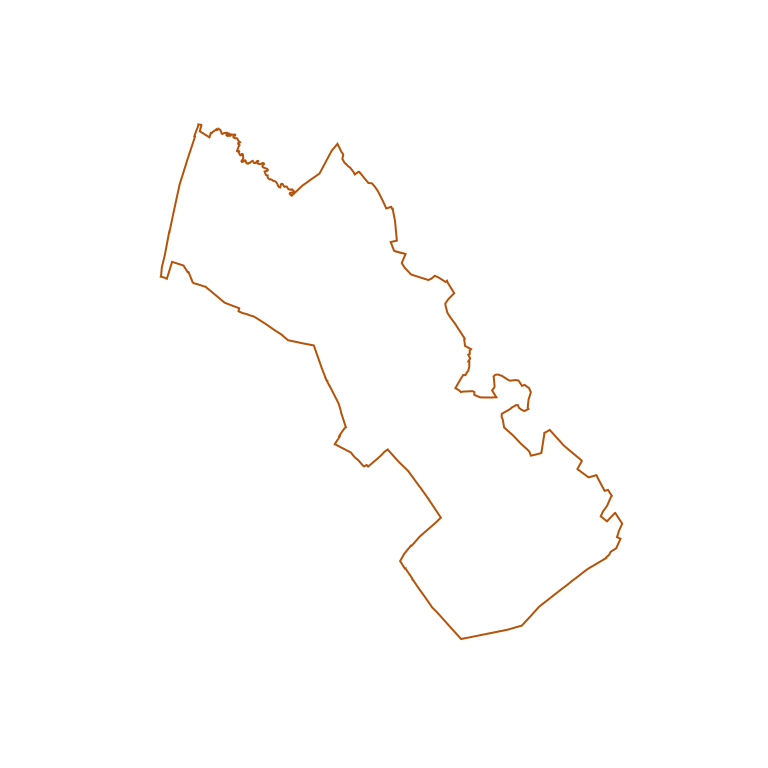 Svētes pag., Jelgava, Latvia, rotated 296°
{"feature_id": "27541924B49757256215349", "entity_name": "Svētes pag.", "entity_type": "district", "adm_level": 2, "iso_a3": "LVA", "parent_name": "Latvia", "parent_adm1": "Jelgava", "projection": "orthographic", "projection_center": [23.649, 56.562], "detail": "fine", "context": "isolated", "style": "outline", "palette": "amber", "viewbox_px": 768, "rotation_deg": 296, "n_neighbors": 0, "source": "geoboundaries", "source_scale": "gbopen_adm2", "svg_char_len": 6130}
<svg xmlns="http://www.w3.org/2000/svg" viewBox="0 0 768 768"><g transform="rotate(296 384 384)"><path d="M308.4,366.1L308.2,372.3L307.9,384.4L306.4,387.3L305.8,388.7L305.0,390.9L304.4,393.9L302.5,398.3L301.4,401.1L301.2,402.3L303.6,403.9L302.8,405.9L314.1,410.9L319.8,413.1L323.3,414.1L326.8,416.1L326.4,416.7L320.4,431.7L317.6,440.3L316.3,444.1L308.0,459.7L306.6,462.6L300.4,473.9L300.4,474.1L299.8,474.9L288.8,493.7L282.4,491.4L262.6,483.0L250.8,479.8L250.7,479.1L240.2,476.6L231.9,476.1L227.2,483.8L227.7,484.2L227.5,484.3L221.7,494.5L220.9,495.0L220.6,495.6L220.8,495.7L215.8,504.3L211.8,511.8L206.9,520.7L204.2,525.4L202.2,531.4L194.6,550.1L188.6,565.1L217.3,602.7L227.3,613.8L242.2,618.3L251.8,621.0L278.9,634.2L284.3,637.0L289.4,639.3L294.6,642.0L304.5,646.8L307.7,648.6L325.0,660.0L325.3,659.6L329.2,661.2L332.6,661.3L338.1,664.7L348.6,664.4L348.5,660.5L351.6,660.2L354.4,659.6L362.9,659.3L369.5,648.4L369.1,648.0L358.3,644.6L360.1,636.8L365.6,636.7L372.2,637.9L381.6,637.5L382.6,637.6L383.3,637.8L387.0,631.8L384.7,629.1L393.1,617.5L395.1,615.1L395.0,614.5L394.8,614.5L389.8,608.9L392.2,595.3L392.5,595.1L401.4,595.6L401.9,595.1L407.4,572.9L415.4,553.0L414.1,552.3L410.2,549.5L409.4,550.0L390.9,555.7L385.9,549.9L384.0,547.4L386.5,544.8L387.0,544.0L387.9,541.8L389.8,535.1L389.9,534.9L390.4,533.1L394.3,522.7L397.6,511.0L404.0,506.4L406.0,504.1L408.8,502.9L414.9,507.1L417.4,508.7L418.4,508.9L423.0,512.0L423.7,513.6L421.8,515.7L421.1,519.1L421.2,521.9L421.3,522.1L424.9,524.8L425.8,523.5L433.2,520.8L441.0,519.6L443.3,516.8L443.8,516.5L444.2,514.0L444.9,510.8L442.8,508.9L446.1,503.4L445.3,500.7L442.2,495.8L442.1,494.6L442.3,491.8L442.5,491.0L443.0,486.5L442.5,482.5L441.6,480.7L441.0,480.0L438.8,479.2L434.0,482.3L430.1,484.5L429.6,484.7L425.7,483.9L421.3,490.8L419.4,487.2L419.2,487.0L414.2,476.5L413.8,470.0L416.4,468.7L416.4,466.8L411.9,458.5L410.4,456.5L410.6,456.3L411.2,454.3L411.6,450.0L423.2,450.8L426.9,451.3L427.6,453.3L430.6,453.4L432.6,453.9L436.6,453.2L441.5,450.9L441.2,449.9L444.8,450.3L447.3,446.9L448.7,447.9L451.4,446.4L453.5,447.0L453.7,440.2L459.1,436.6L459.3,436.5L460.1,436.8L469.7,420.8L470.8,418.6L473.1,414.2L475.3,410.6L476.1,409.5L481.1,405.2L483.1,403.8L488.7,404.7L496.4,407.3L503.1,396.7L504.4,395.4L502.7,394.6L503.6,387.0L503.6,383.4L503.5,382.2L499.4,380.4L496.9,378.3L494.3,360.4L497.4,352.0L500.3,347.1L500.7,346.9L510.3,346.4L509.6,342.6L509.4,342.4L508.8,339.4L509.0,339.6L508.1,334.9L508.3,334.5L514.5,327.8L518.5,332.7L535.4,322.4L541.6,317.7L545.4,315.0L545.0,314.3L546.4,312.9L545.7,312.0L543.6,310.0L542.8,309.0L545.3,306.1L548.8,301.7L553.3,295.8L554.7,293.9L557.2,289.5L558.8,286.0L559.0,285.5L559.0,285.1L558.9,284.7L557.8,281.9L562.1,272.5L563.8,268.8L563.8,268.5L563.7,268.2L559.5,265.8L561.0,264.0L563.3,259.4L563.6,258.7L564.1,255.9L564.5,255.1L565.6,251.4L568.2,247.8L571.9,247.0L572.7,246.5L573.9,244.1L574.6,243.2L579.4,236.9L571.8,235.0L570.2,234.7L544.9,233.8L534.6,228.0L532.7,227.1L526.6,223.7L512.7,218.5L512.8,217.9L513.4,217.4L513.3,216.4L513.9,215.7L514.3,215.7L514.6,215.9L515.6,217.1L516.4,218.7L517.0,218.9L517.6,218.6L518.1,218.0L518.2,217.4L518.1,216.3L517.8,215.1L518.1,215.2L517.8,214.6L517.4,214.0L517.2,213.4L517.5,212.1L518.7,210.3L518.8,209.8L518.6,209.3L517.7,208.4L517.7,208.0L517.8,207.6L519.2,205.3L519.3,205.0L519.1,204.3L518.3,203.8L515.2,204.6L514.9,203.5L515.6,201.9L517.0,200.5L518.1,198.7L518.4,197.9L518.4,196.6L518.0,195.0L518.3,194.5L518.3,193.0L518.2,192.0L517.8,191.7L517.9,190.4L518.2,189.9L518.7,188.9L519.1,188.6L520.5,188.0L520.1,187.0L520.2,186.1L522.7,183.5L524.5,185.7L525.5,185.8L526.1,184.8L525.7,180.1L525.9,179.7L526.5,179.2L527.1,179.1L529.0,179.7L529.3,179.7L529.7,179.1L529.5,178.3L529.1,177.7L528.1,177.1L527.4,176.4L526.8,174.3L526.8,173.7L527.1,173.3L527.3,173.0L528.0,172.9L528.7,173.3L529.2,173.3L529.3,173.0L528.9,172.3L526.3,171.6L525.9,171.1L525.7,170.1L526.7,168.8L527.0,168.1L525.6,167.1L524.2,166.7L523.4,165.6L522.6,165.4L522.4,165.2L522.3,164.8L522.5,164.2L522.2,164.0L522.5,163.3L522.7,162.6L523.1,162.5L524.1,161.7L524.1,161.1L524.1,160.9L523.7,160.6L523.2,160.5L521.8,159.7L521.3,159.1L521.3,158.8L521.7,158.2L522.4,158.2L524.9,158.7L528.4,156.6L528.6,156.3L528.6,155.5L528.3,155.3L527.3,155.2L527.1,155.3L526.7,155.1L526.6,154.8L526.6,154.5L526.8,154.1L527.3,153.3L528.1,152.6L528.3,152.0L528.6,151.7L529.6,151.9L529.8,151.6L529.7,151.2L528.8,150.0L528.9,149.7L530.7,149.5L531.5,149.6L532.7,149.3L534.1,149.3L535.3,149.5L535.8,148.4L535.7,147.8L535.8,147.7L536.0,147.5L536.5,147.4L536.9,147.5L537.8,148.5L538.2,148.7L538.6,147.0L539.1,146.0L539.7,145.4L540.4,144.2L540.3,143.7L539.7,142.7L539.5,141.3L539.7,140.6L540.4,140.1L540.9,140.0L541.4,140.3L541.9,141.2L542.8,141.0L542.8,140.7L542.8,140.2L542.0,139.5L541.5,137.7L539.8,137.1L539.4,136.7L539.5,136.4L539.8,136.1L541.1,136.0L541.2,135.7L541.3,135.3L541.1,134.8L540.7,134.6L538.4,134.9L538.4,134.7L538.3,134.1L538.4,133.5L538.6,133.2L540.5,133.1L541.0,132.9L540.8,132.3L539.5,130.4L539.0,129.9L537.8,129.1L538.2,127.9L539.1,127.3L540.2,126.0L540.7,125.0L540.5,124.0L540.9,123.5L539.1,122.6L538.5,121.7L539.1,121.5L535.1,119.4L533.8,119.1L533.7,118.3L529.2,119.0L530.4,107.6L536.1,106.6L536.7,106.3L536.5,105.1L535.9,103.3L534.7,103.8L533.5,104.0L529.5,104.2L523.4,105.0L523.5,105.7L500.5,108.8L473.4,112.9L470.9,113.6L469.8,113.8L442.9,120.4L426.8,124.5L426.8,124.2L403.7,130.5L391.4,133.2L383.8,136.1L382.6,136.3L383.0,138.1L383.4,140.7L383.4,142.7L400.9,140.0L402.6,151.9L398.3,158.7L398.4,159.2L398.9,159.0L399.0,159.2L391.4,167.6L391.2,169.1L391.9,172.3L393.0,180.5L393.3,180.9L392.4,183.8L392.4,184.2L387.2,205.1L388.6,220.7L385.6,221.3L385.7,225.6L386.7,230.1L386.9,233.5L387.6,237.0L387.3,240.6L386.2,250.7L384.6,261.0L383.3,271.5L383.0,271.7L381.3,278.6L385.1,293.8L387.9,304.0L371.2,320.9L363.7,329.0L363.6,328.9L363.2,329.4L362.0,331.0L362.0,331.3L361.8,331.2L361.6,331.5L361.4,331.8L358.7,335.4L358.8,335.5L347.7,350.3L346.4,351.9L341.7,356.3L339.6,357.9L329.2,367.9L328.5,368.8L327.8,368.3L326.6,367.9L322.1,367.1L318.1,366.6L317.4,366.6L317.6,367.2L316.9,367.2L308.4,366.1Z" fill="none" stroke="#b45309" stroke-width="2"/></g></svg>